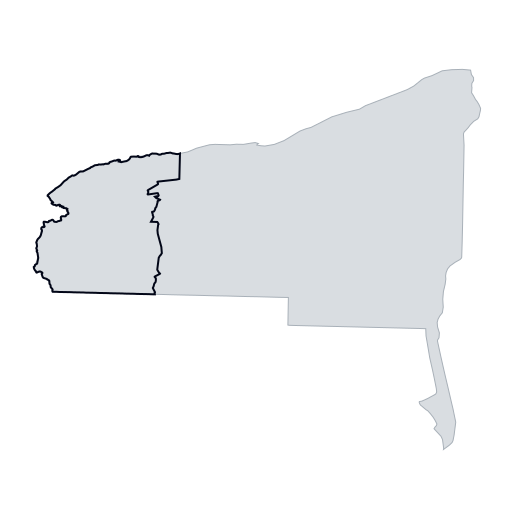 where Karas sits in Namibia, rotated 91°
{"feature_id": "NAM-3338", "entity_name": "Karas", "entity_type": "Region", "adm_level": 1, "iso_a3": "NAM", "parent_name": "Namibia", "parent_adm1": "", "projection": "equal_earth", "projection_center": [17.311, -26.98], "detail": "fine", "context": "in_parent", "style": "outline", "palette": "ink", "viewbox_px": 512, "rotation_deg": 91, "n_neighbors": 0, "source": "natural_earth", "source_scale": "10m", "svg_char_len": 8796}
<svg xmlns="http://www.w3.org/2000/svg" viewBox="0 0 512 512"><g transform="rotate(91 256 256)"><path d="M393.5,59.4L399.5,57.9L405.3,56.4L412.0,54.9L417.3,53.7L418.7,53.4L431.5,54.8L437.1,55.8L439.1,56.7L441.6,59.2L446.2,65.2L445.0,65.0L436.3,66.3L433.0,67.9L425.6,75.0L424.0,74.1L422.3,72.6L420.8,72.2L417.5,73.9L414.3,75.9L410.7,78.8L407.7,81.6L406.8,83.2L402.1,89.0L400.6,89.9L399.2,90.3L398.7,90.1L398.2,87.6L395.4,81.7L391.0,74.0L389.7,73.3L388.8,73.0L385.4,73.4L375.7,75.5L367.4,77.4L354.8,80.5L341.3,83.0L332.9,84.6L325.7,85.0L325.6,92.6L325.5,108.0L325.4,123.3L325.3,138.6L325.2,153.9L325.1,169.2L325.0,184.4L324.9,199.6L324.8,214.8L324.7,221.5L324.5,222.9L320.4,222.9L311.1,222.9L303.2,222.9L296.9,222.9L296.9,231.9L296.8,242.5L296.7,253.2L296.7,263.8L296.6,274.4L296.5,285.0L296.5,295.6L296.4,306.2L296.3,316.7L296.3,324.7L296.3,325.6L296.2,341.1L296.0,357.4L295.9,373.6L295.8,389.9L295.7,406.1L295.5,422.3L295.4,438.4L295.3,454.6L295.2,459.7L292.4,459.6L286.8,461.6L283.3,464.1L281.7,467.3L279.6,469.2L277.1,469.8L275.9,471.4L276.2,474.0L275.2,475.9L272.9,477.3L269.3,476.9L264.2,474.7L257.8,474.2L250.0,475.4L244.3,474.8L240.9,472.7L237.3,471.4L233.4,471.1L231.2,470.2L226.7,468.6L225.8,465.8L225.2,463.7L223.9,461.5L223.8,459.7L224.8,458.3L225.0,456.1L224.2,453.1L223.0,451.6L221.2,451.7L220.1,450.5L219.6,448.1L218.6,446.3L216.0,444.4L212.7,445.8L211.1,448.0L210.2,451.2L209.4,452.9L209.0,455.7L208.8,457.6L207.9,459.7L207.0,460.5L206.1,460.1L204.4,461.0L200.7,464.0L199.6,465.7L196.5,462.7L187.6,451.7L184.5,448.8L179.8,442.1L169.4,421.1L167.9,417.0L165.9,406.8L163.6,399.3L163.3,394.9L164.4,392.4L163.7,389.1L162.5,386.1L159.0,382.1L157.9,369.0L155.5,360.4L155.9,353.4L154.7,347.0L154.6,342.9L155.1,335.0L153.1,326.0L149.2,317.2L145.6,304.4L145.1,298.9L145.3,283.8L144.6,277.7L144.6,270.4L143.2,262.9L142.6,258.8L143.5,255.6L144.1,256.6L145.1,257.1L145.7,252.8L145.9,249.0L144.1,239.6L140.1,229.9L130.3,214.2L127.9,208.2L126.5,203.3L115.5,182.5L110.7,167.8L107.4,155.1L103.8,149.2L87.1,107.9L83.4,101.3L76.8,93.4L75.2,90.7L72.6,83.2L67.6,73.1L66.3,63.6L65.8,52.9L66.4,44.7L70.8,43.8L73.9,41.6L76.8,41.5L79.6,43.2L82.5,43.3L83.7,43.0L89.0,43.3L92.0,41.3L95.6,39.3L97.7,37.6L100.6,35.8L104.5,34.0L106.7,34.2L109.4,34.8L113.0,35.5L115.0,36.7L117.5,40.6L121.2,44.1L124.0,46.1L127.2,48.9L128.1,49.9L129.5,50.5L130.4,50.7L136.2,50.3L141.5,49.9L147.2,49.9L158.0,49.9L168.8,49.9L179.5,50.0L190.3,50.0L201.0,50.0L211.8,50.0L222.5,50.0L233.3,50.1L237.7,50.1L245.4,50.2L253.5,50.3L254.4,50.5L255.3,51.3L256.0,52.0L258.8,56.8L262.5,61.8L265.5,64.2L269.1,65.6L272.5,66.1L275.7,65.8L281.0,66.4L288.3,68.0L296.0,68.5L303.9,67.9L309.5,68.7L312.7,71.2L316.0,72.9L319.3,73.7L323.9,73.2L329.7,71.3L334.6,71.6L336.8,73.0L338.2,73.0L346.7,71.0L353.5,69.4L363.7,66.9L372.2,64.8L384.7,61.6L393.5,59.4Z" fill="#d9dde1" stroke="#a8b0b8" stroke-width="1"/><path d="M221.2,451.9L220.3,451.7L219.7,450.9L219.6,449.2L219.7,448.4L219.7,447.6L219.4,446.9L218.7,446.7L218.2,446.4L217.9,445.7L217.5,445.0L217.2,444.4L216.9,444.3L216.6,444.3L216.1,444.4L215.7,444.6L214.8,445.4L214.1,445.2L213.8,445.3L213.4,445.8L213.1,446.0L212.8,445.9L212.5,445.5L212.3,445.4L212.2,445.6L211.7,446.2L211.6,446.3L211.4,449.2L211.2,449.5L211.0,449.4L210.5,449.4L210.4,449.3L210.1,449.4L210.1,449.6L210.1,449.8L210.6,450.5L210.6,450.8L210.2,450.9L209.6,450.9L209.5,451.0L209.4,451.4L209.5,451.6L209.7,452.0L209.8,452.4L209.8,452.9L209.5,453.1L209.2,453.0L209.0,452.8L208.7,452.6L208.3,452.9L208.1,453.6L208.3,454.3L208.4,454.9L209.0,455.9L209.2,456.6L208.9,456.9L208.5,457.2L208.4,457.9L208.4,458.7L208.3,459.3L208.0,460.0L207.5,460.7L207.0,461.3L206.5,461.2L206.4,460.9L206.3,460.4L206.2,460.0L206.0,459.8L205.7,460.0L203.6,462.4L202.6,462.8L201.9,463.2L201.2,463.8L200.7,464.0L200.2,464.5L199.9,465.0L199.5,465.4L198.8,465.3L198.5,465.0L196.9,463.4L196.0,462.3L195.6,461.6L192.7,458.1L192.2,457.9L192.0,457.6L190.4,455.0L188.6,452.6L185.0,449.5L184.3,448.7L182.9,446.6L180.9,444.7L180.6,444.2L179.7,442.6L178.8,441.5L178.7,441.2L178.6,440.8L178.8,440.1L178.9,439.7L178.5,438.6L177.8,437.4L175.0,434.2L174.7,433.5L174.5,432.7L174.5,430.8L174.5,430.5L174.3,430.0L171.7,425.1L171.2,423.9L170.9,423.3L170.5,423.1L170.2,422.7L169.4,420.8L168.3,419.1L168.1,418.7L167.7,415.8L167.6,415.5L167.4,415.2L167.2,414.9L167.2,414.5L167.3,413.0L167.0,410.6L167.1,410.1L166.6,408.8L166.4,408.1L166.4,407.2L166.4,405.7L166.2,405.0L165.8,404.4L165.6,404.3L165.1,404.2L164.9,404.1L164.6,403.6L164.4,403.2L164.2,402.4L164.0,401.8L163.1,399.6L163.0,398.9L163.1,398.0L162.8,397.2L162.4,396.5L162.2,395.9L162.1,395.0L162.2,394.3L162.4,393.8L162.8,393.6L163.1,393.5L163.4,393.4L163.6,393.4L163.7,393.8L163.7,395.1L163.9,395.1L164.0,394.4L164.5,392.5L164.5,392.1L164.3,391.6L163.8,389.4L163.4,387.2L162.7,385.9L161.8,384.7L160.8,383.9L159.2,383.1L158.9,382.7L158.7,379.9L158.8,377.1L158.2,376.1L158.1,375.9L158.2,375.4L158.4,375.4L158.6,375.5L158.9,375.4L159.2,374.2L159.2,372.6L158.9,371.1L158.5,369.9L157.2,367.4L157.1,366.2L157.5,364.8L157.3,364.8L155.9,362.8L155.4,361.8L155.3,361.4L155.3,361.1L155.4,360.6L155.4,357.7L155.5,356.9L156.3,355.0L156.4,354.4L156.3,353.6L156.2,352.9L155.6,352.1L155.4,351.2L155.3,349.5L154.6,347.3L154.5,345.6L154.2,344.2L154.1,343.5L155.0,340.7L154.9,340.3L155.4,337.7L155.5,336.2L155.2,334.8L154.8,333.8L180.3,334.0L181.0,337.0L183.3,355.1L183.4,355.5L183.5,355.8L183.8,355.8L184.1,355.7L185.1,355.3L185.4,355.2L185.8,355.2L186.1,355.5L186.4,355.9L191.9,365.0L192.3,365.4L192.7,365.3L193.0,365.2L193.4,364.9L193.9,364.8L194.6,364.9L195.8,365.4L196.2,365.4L196.4,365.1L194.9,356.0L194.9,355.7L194.9,355.3L195.2,355.1L195.5,355.0L196.8,354.5L197.2,354.4L197.5,354.6L197.8,354.8L198.1,355.1L198.2,355.3L198.3,355.5L198.1,355.7L198.0,356.0L198.0,356.3L198.5,358.1L199.6,357.0L200.0,356.3L201.1,353.6L201.4,352.9L201.6,353.0L201.9,353.3L202.5,354.9L202.7,355.2L203.0,355.4L203.3,355.4L203.8,355.3L208.6,356.5L208.8,356.7L209.3,357.0L210.0,357.6L211.2,357.7L212.4,358.3L213.2,358.8L213.4,359.2L213.5,359.6L213.6,360.1L213.6,360.5L213.8,360.7L214.3,360.6L216.4,359.9L217.2,359.9L218.6,359.2L219.1,359.3L223.6,361.6L223.7,355.3L224.3,354.8L225.1,354.4L225.6,354.1L225.8,354.0L226.0,354.0L226.6,354.4L231.9,355.0L235.5,354.6L248.7,350.8L254.8,350.2L256.7,351.3L257.3,352.0L259.4,353.2L271.3,354.5L271.8,354.3L274.2,352.8L274.8,352.1L275.1,351.9L275.3,351.7L275.6,351.9L275.7,352.1L278.1,356.5L278.4,356.9L278.6,357.0L278.9,356.8L279.8,356.0L280.0,355.8L280.7,355.7L282.0,355.7L283.5,355.9L284.2,356.2L284.9,356.9L285.3,357.1L285.7,357.3L288.3,357.9L289.5,358.5L289.8,358.6L290.4,358.3L293.5,356.6L293.9,356.4L294.4,356.4L294.8,356.8L296.1,356.5L296.1,358.1L296.1,360.2L296.0,362.2L296.0,364.3L296.0,366.3L296.0,368.4L296.0,370.4L296.0,372.5L296.0,374.5L295.9,376.6L295.9,378.6L295.9,380.7L295.9,382.7L295.9,384.8L295.9,386.8L295.8,388.9L295.8,390.9L295.8,393.0L295.8,395.0L295.8,397.1L295.8,399.1L295.8,401.1L295.7,403.2L295.7,405.2L295.7,407.3L295.7,409.3L295.7,411.4L295.7,413.4L295.6,415.4L295.6,417.5L295.6,419.5L295.6,421.6L295.6,423.6L295.6,425.6L295.5,427.7L295.5,429.7L295.5,431.7L295.5,433.8L295.5,435.8L295.5,437.8L295.4,439.9L295.4,441.9L295.4,443.9L295.4,446.0L295.4,448.0L295.4,450.0L295.4,452.0L295.3,454.1L295.3,456.1L295.3,457.5L295.3,458.6L294.4,458.9L294.1,458.9L293.3,458.8L293.0,458.8L292.2,459.3L291.0,460.6L290.2,460.8L288.9,460.9L288.3,461.2L287.8,461.7L287.3,462.0L284.6,462.2L284.3,462.3L284.0,462.5L283.9,462.8L283.7,463.1L283.5,463.4L283.3,463.7L283.1,464.4L282.9,464.5L282.7,464.6L282.5,465.0L281.7,467.9L281.4,468.4L280.9,468.8L280.4,469.1L278.2,469.8L277.8,470.0L277.5,469.9L276.9,469.3L276.5,469.3L276.1,469.7L275.8,470.2L275.3,471.2L275.2,472.0L275.4,472.8L276.4,474.8L276.4,475.2L276.1,475.5L275.2,475.6L274.7,476.3L274.5,476.5L272.9,477.5L271.8,477.9L270.8,478.0L270.3,477.3L270.2,477.1L269.9,477.0L269.0,476.9L268.8,476.8L268.5,476.4L267.8,475.2L267.4,474.7L261.7,473.7L256.5,474.6L255.6,475.2L255.0,475.4L254.8,475.4L254.5,475.0L254.4,474.9L254.2,474.9L254.0,475.1L253.9,475.2L253.3,475.3L253.0,475.4L252.8,475.6L252.3,475.8L251.6,475.7L250.5,475.2L249.9,475.1L247.5,475.5L246.6,475.9L246.1,475.9L243.8,475.0L242.8,474.4L241.1,472.7L240.2,472.1L239.2,471.6L234.7,470.4L233.8,470.5L233.6,470.6L233.0,471.1L232.8,471.2L232.4,471.2L231.5,471.0L231.0,470.6L230.8,469.9L230.9,469.0L230.7,468.3L230.3,467.9L229.8,468.0L229.3,468.3L228.8,468.5L227.7,468.6L226.5,469.0L225.5,468.8L225.4,467.7L225.7,466.2L225.9,464.8L225.6,464.0L224.6,463.6L224.4,463.0L224.3,462.1L223.5,461.0L223.3,460.3L223.4,459.8L223.8,459.3L224.2,459.0L224.7,458.8L225.1,458.5L225.4,457.6L225.4,456.6L225.4,455.9L225.2,455.5L224.8,454.8L224.6,454.4L224.5,454.0L224.5,453.6L224.4,453.2L224.1,452.8L224.0,452.4L224.0,452.0L223.9,451.6L223.6,451.4L222.9,451.4L221.2,451.9Z" fill="none" stroke="#020617" stroke-width="2"/></g></svg>